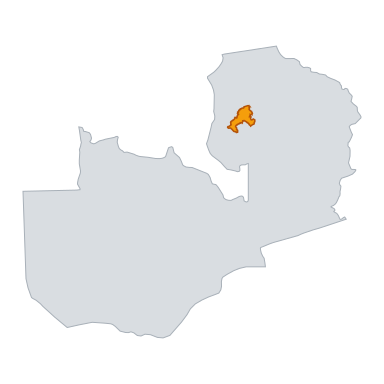 Lupososhi, Northern, Zambia shown in context
{"feature_id": "96606910B11970238956391", "entity_name": "Lupososhi", "entity_type": "district", "adm_level": 2, "iso_a3": "ZMB", "parent_name": "Zambia", "parent_adm1": "Northern", "projection": "orthographic", "projection_center": [29.571, -10.656], "detail": "fine", "context": "in_parent", "style": "filled", "palette": "amber", "viewbox_px": 384, "rotation_deg": 0, "n_neighbors": 0, "source": "geoboundaries", "source_scale": "gbopen_adm2", "svg_char_len": 7870}
<svg xmlns="http://www.w3.org/2000/svg" viewBox="0 0 384 384"><path d="M265.4,266.8L246.3,266.8L239.4,268.4L233.7,270.7L227.0,274.4L223.0,277.0L222.0,278.4L221.4,281.6L221.5,286.4L220.8,289.9L218.8,293.1L208.5,297.0L201.8,300.1L195.3,303.9L190.4,308.8L187.0,314.7L181.5,322.1L169.9,335.4L163.1,337.9L157.4,337.4L150.5,334.7L145.0,334.2L141.0,336.0L137.3,335.5L133.8,332.8L130.9,331.8L128.6,332.6L125.6,332.5L120.1,331.1L115.3,326.4L112.7,324.5L110.8,323.8L105.1,323.2L92.2,322.3L78.9,324.9L67.2,327.5L54.9,317.3L43.0,306.5L40.4,303.7L35.9,300.1L32.7,298.4L31.5,297.5L28.0,287.7L26.0,278.7L23.0,191.3L76.5,190.1L80.0,189.7L80.1,188.8L77.5,184.1L77.6,182.5L78.2,179.3L80.4,172.9L80.5,170.8L79.3,163.9L79.3,160.0L79.8,152.2L79.4,149.6L80.6,146.1L81.0,143.7L81.4,142.7L80.8,140.1L79.5,130.8L78.8,126.9L82.1,127.5L83.2,129.4L83.8,131.4L85.3,131.5L89.2,132.7L90.5,134.4L91.5,138.1L91.0,140.0L89.8,141.6L91.0,142.9L93.6,143.8L95.1,143.5L99.4,140.9L103.4,139.9L105.4,139.2L114.3,137.4L116.1,136.5L117.3,136.4L118.2,137.2L117.5,139.8L117.2,142.2L118.4,146.5L119.3,148.6L121.1,150.1L122.5,150.8L124.0,152.4L127.1,152.1L134.0,154.2L136.1,155.3L139.0,156.3L141.0,156.6L148.1,157.3L155.5,158.5L159.4,158.6L162.1,158.3L164.0,157.6L165.2,156.9L165.7,156.3L168.5,147.8L169.9,147.2L171.7,146.7L172.8,147.5L174.1,152.8L179.5,157.5L181.4,161.5L182.7,164.9L183.9,165.9L186.0,167.0L189.2,167.4L192.1,167.5L206.7,173.3L208.3,174.4L210.1,177.5L211.1,181.0L212.3,183.8L214.2,184.3L215.8,184.5L217.5,186.4L218.7,188.1L223.0,195.0L223.6,197.7L225.7,199.5L228.5,200.3L231.1,200.4L232.6,199.6L236.3,198.1L239.2,196.5L241.3,196.0L242.6,196.3L243.5,197.4L244.1,200.9L246.2,202.0L247.7,201.6L248.3,200.2L248.3,199.5L248.3,163.5L247.0,163.8L245.3,164.8L241.5,164.9L240.0,165.7L239.5,166.8L239.8,168.3L239.9,170.4L239.3,171.3L237.6,171.7L235.2,170.9L230.8,169.9L227.1,169.3L224.5,166.6L220.9,162.5L218.5,160.5L212.9,156.3L211.9,155.4L210.2,153.4L208.7,150.0L207.3,146.2L206.5,143.7L207.9,139.9L211.1,127.3L211.9,123.5L214.6,119.5L214.8,116.0L213.7,111.4L214.0,108.9L214.3,94.7L213.5,90.1L211.7,85.1L207.5,78.2L207.5,76.7L213.8,72.2L215.7,70.4L219.0,66.8L221.2,63.6L222.6,61.1L223.1,57.8L222.1,54.7L224.2,54.1L276.4,46.1L277.2,48.3L278.8,51.8L280.5,54.5L282.8,56.8L284.7,58.1L285.9,58.6L294.0,58.5L296.9,59.9L299.4,61.7L300.0,64.4L301.6,66.1L303.4,67.5L304.2,67.6L305.5,67.3L307.6,67.3L309.6,67.9L310.6,68.5L310.6,70.8L311.2,71.8L313.9,72.3L316.7,72.5L319.4,74.0L322.2,74.3L325.6,75.0L327.1,76.7L330.7,78.4L335.0,80.0L339.7,82.6L339.8,83.4L340.6,84.9L341.4,85.9L341.5,87.5L341.9,89.0L343.1,89.4L344.1,89.5L345.1,88.4L346.3,88.5L347.7,89.2L348.2,90.8L349.3,93.1L351.0,94.7L352.2,96.2L351.7,98.9L351.0,101.4L353.3,103.9L356.4,106.3L357.2,107.3L357.4,110.8L357.9,112.0L360.0,114.9L361.0,116.8L360.9,117.9L355.2,123.6L351.7,124.4L350.1,125.5L349.2,126.8L351.4,132.5L352.5,134.6L351.5,137.3L349.2,141.9L348.2,142.3L347.9,145.8L348.6,147.0L349.7,148.0L350.1,150.4L350.0,156.3L348.5,162.9L350.9,168.7L351.8,169.4L355.3,169.5L355.9,170.0L355.0,171.6L352.5,174.1L348.0,176.1L341.6,178.2L340.2,180.3L339.3,183.3L340.0,185.1L340.9,186.1L340.6,188.8L340.0,191.6L340.1,193.8L339.8,195.8L339.0,196.7L337.8,199.7L336.4,202.6L335.3,204.0L333.6,205.4L331.1,206.5L331.1,207.1L334.0,208.5L334.7,209.5L335.0,210.1L333.8,211.6L335.1,212.5L336.7,213.3L338.2,215.3L339.9,219.0L340.2,219.4L340.7,219.4L341.6,219.1L343.4,217.6L344.7,217.0L346.2,219.2L319.4,228.1L313.1,229.9L303.7,233.1L300.7,234.3L298.2,235.5L273.4,242.5L269.5,243.9L260.7,247.5L260.4,248.1L260.5,249.8L261.3,253.2L262.8,256.4L264.1,258.2L264.9,262.8L265.4,266.8Z" fill="#d9dde1" stroke="#a8b0b8" stroke-width="1"/><path d="M250.6,126.1L252.7,124.5L253.4,124.3L253.7,124.3L254.0,124.0L254.2,123.5L254.2,123.1L254.2,122.9L254.2,122.5L254.4,122.2L254.5,122.0L254.7,121.9L254.7,121.7L254.9,121.1L254.8,120.6L254.8,120.1L254.8,119.9L254.5,119.8L254.0,119.5L253.6,119.0L253.4,119.0L253.2,119.0L252.9,119.2L252.3,119.7L251.9,119.9L251.3,119.8L251.0,119.7L250.9,119.4L250.7,118.8L250.5,118.1L250.8,117.4L251.0,117.2L251.0,116.8L250.8,116.5L250.6,116.2L250.4,116.2L250.2,116.2L249.9,116.3L249.5,116.6L249.5,116.4L249.6,116.2L250.0,115.7L250.0,115.3L250.2,115.1L250.2,114.8L250.3,114.9L250.5,114.7L250.8,114.6L251.0,114.6L251.3,114.5L251.4,114.4L251.6,114.5L251.7,114.4L251.8,114.3L251.9,114.2L252.0,114.3L252.0,114.2L252.2,113.7L252.4,113.4L252.2,113.2L252.0,112.8L252.1,112.7L252.1,112.3L251.7,112.0L251.6,111.9L251.4,111.6L251.4,111.4L251.2,111.4L251.1,111.2L250.8,111.0L250.6,110.8L250.5,110.7L250.1,110.5L250.0,110.4L249.9,110.4L249.8,110.2L249.6,110.1L249.5,109.9L249.4,109.8L249.3,109.7L249.2,109.5L249.3,109.4L249.1,109.1L249.2,108.9L249.2,108.7L249.1,108.4L249.1,108.2L248.9,108.1L249.0,108.1L249.1,107.8L249.4,107.8L249.3,107.4L249.2,107.3L249.3,107.2L249.5,107.0L249.6,106.9L249.6,106.7L249.8,106.7L249.7,106.6L249.7,106.4L249.4,106.3L249.1,106.2L249.0,105.9L248.9,106.0L248.7,105.9L248.6,105.7L248.4,105.7L248.0,105.6L244.0,106.8L244.0,107.2L244.0,107.3L243.8,107.8L243.6,108.0L243.2,108.0L242.7,108.1L242.2,108.0L241.7,108.4L241.3,108.5L240.9,108.7L240.8,108.8L240.8,109.0L240.6,109.0L240.4,109.0L240.3,109.3L240.2,109.2L240.1,109.4L239.9,109.4L239.8,109.5L239.7,109.5L239.4,109.8L239.3,110.1L239.2,110.1L239.0,110.3L238.9,110.5L238.7,110.5L238.6,110.9L238.8,111.0L238.7,111.2L238.7,111.3L238.7,111.5L238.4,111.9L238.4,112.1L238.4,112.3L238.2,112.5L237.9,112.6L237.8,112.8L237.7,112.7L237.7,112.8L237.6,113.0L237.4,113.3L237.6,113.6L237.7,113.8L237.8,114.0L238.2,114.0L238.3,114.2L238.4,114.4L238.5,114.4L238.5,114.5L238.3,114.6L238.2,114.7L237.7,114.9L237.5,115.2L237.5,115.6L237.1,116.2L237.0,116.7L237.0,116.9L237.1,117.0L236.7,118.0L236.4,117.9L236.1,117.8L235.9,117.5L235.8,117.4L235.0,117.4L235.0,117.6L234.9,117.8L234.7,118.0L234.8,118.1L234.8,118.4L234.7,118.5L234.6,118.8L234.5,119.0L234.3,119.2L234.2,119.3L233.8,119.7L233.7,119.8L233.3,120.0L233.1,120.1L232.9,120.2L232.9,120.3L232.7,120.3L232.7,120.5L232.3,120.7L232.0,120.8L231.9,121.0L231.7,121.0L231.4,121.2L231.4,121.3L231.2,121.4L231.0,121.5L230.7,122.0L230.6,122.4L230.7,122.5L230.9,122.6L231.0,123.0L230.8,123.4L230.7,123.9L230.8,124.4L231.1,124.6L231.0,125.0L229.2,126.3L228.8,126.4L228.5,126.5L228.3,126.5L227.9,126.6L227.6,127.1L227.6,127.3L228.0,127.9L228.6,128.2L229.0,128.3L229.7,128.0L230.1,128.0L230.4,128.0L230.8,128.2L231.2,128.8L231.4,128.9L231.6,129.0L231.8,129.2L231.9,129.3L232.4,129.7L232.4,129.8L232.6,129.9L232.8,130.3L233.0,130.6L233.3,130.7L233.5,130.9L233.7,131.3L234.1,131.5L234.5,131.5L234.9,131.7L235.3,131.6L235.5,131.6L235.7,131.9L235.9,132.0L236.3,132.5L236.6,132.5L236.7,132.4L237.0,132.3L237.1,132.2L237.5,132.3L237.6,132.2L237.5,131.8L237.4,131.7L237.4,131.4L237.5,131.4L237.4,131.2L237.5,131.1L237.5,130.8L237.6,130.7L237.7,130.4L237.6,130.2L237.4,130.1L237.3,129.9L237.0,129.9L236.8,129.7L236.6,129.6L236.5,129.4L236.5,129.0L236.6,128.9L236.7,128.4L236.7,128.0L236.6,127.9L236.1,127.4L235.9,127.1L235.6,126.8L235.6,126.5L235.7,126.3L235.7,125.9L235.9,125.7L236.0,125.7L236.4,125.1L236.9,124.8L237.0,124.7L237.1,124.8L237.2,124.7L237.4,124.8L237.6,124.6L237.8,124.4L237.9,124.2L238.3,124.1L238.5,124.0L238.5,123.9L238.7,123.7L239.1,123.6L239.3,123.7L239.5,123.4L239.7,123.2L239.9,123.2L240.0,123.0L240.3,123.0L240.5,123.1L240.5,122.9L240.9,122.9L241.0,122.9L241.0,122.7L241.4,122.7L241.7,122.6L241.8,122.6L242.1,122.5L242.3,122.7L242.3,122.4L242.3,122.2L242.6,121.9L242.7,121.6L242.7,121.2L242.7,120.8L242.8,120.8L243.1,120.7L243.3,120.7L243.6,120.6L243.8,120.7L244.0,120.6L244.1,120.8L244.2,120.7L244.4,120.9L244.8,120.9L245.3,121.1L245.5,121.3L245.8,121.6L246.0,121.7L246.5,121.8L246.8,122.3L247.1,122.4L247.1,122.5L247.3,122.5L247.7,122.6L247.7,122.9L247.8,123.0L248.1,123.3L248.3,123.4L248.8,123.6L248.9,124.0L249.0,124.2L249.1,124.3L249.1,124.6L249.3,124.7L249.7,125.1L250.4,125.5L250.6,126.1Z" fill="#f59e0b" stroke="#b45309" stroke-width="1.5"/></svg>